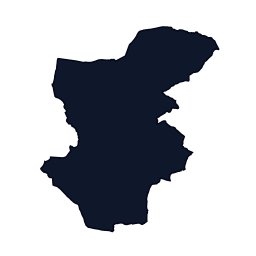 Wanging'ombe, Njombe, United Republic of Tanzania (Mercator projection), rotated 6°
{"feature_id": "72390352B33528420406675", "entity_name": "Wanging'ombe", "entity_type": "district", "adm_level": 2, "iso_a3": "TZA", "parent_name": "United Republic of Tanzania", "parent_adm1": "Njombe", "projection": "mercator", "projection_center": [34.635, -9.053], "detail": "fine", "context": "isolated", "style": "filled", "palette": "ink", "viewbox_px": 256, "rotation_deg": 6, "n_neighbors": 0, "source": "geoboundaries", "source_scale": "gbopen_adm2", "svg_char_len": 5759}
<svg xmlns="http://www.w3.org/2000/svg" viewBox="0 0 256 256"><g transform="rotate(6 128 128)"><path d="M158.5,23.7L157.0,23.5L151.9,23.9L149.7,24.5L145.7,25.9L139.5,27.8L138.2,27.9L136.5,28.5L135.6,28.5L134.1,29.1L133.4,29.1L132.1,29.8L130.2,30.4L129.6,30.8L128.9,31.4L128.3,32.4L128.3,32.6L128.1,32.8L127.4,34.4L127.0,35.8L125.3,39.0L123.1,42.4L121.3,44.4L120.8,45.2L117.9,56.7L108.8,62.8L107.0,61.4L103.9,61.8L102.0,62.9L101.5,62.5L99.9,62.8L94.7,62.9L91.6,63.5L88.4,65.2L84.3,66.8L81.4,67.1L78.3,67.1L77.1,67.7L76.5,67.6L69.4,66.9L51.7,66.3L51.0,66.6L50.8,68.6L50.9,70.7L50.8,73.2L50.9,77.1L50.3,78.5L50.0,82.4L49.8,83.9L49.9,86.3L49.3,90.7L49.0,92.1L48.1,92.4L48.5,93.9L49.4,95.0L50.6,99.3L52.2,104.2L53.3,104.9L56.0,105.4L58.3,106.5L60.6,108.2L62.5,110.7L62.8,111.4L62.4,112.6L62.2,113.6L63.1,115.0L64.7,116.3L64.9,116.7L65.0,117.4L65.2,117.9L65.2,118.6L64.1,119.2L64.8,120.8L65.4,121.4L65.7,122.4L66.0,122.8L66.7,123.1L66.9,124.6L66.5,125.5L66.2,126.6L66.5,127.9L67.7,128.8L68.2,129.5L68.9,130.1L70.1,129.7L70.6,129.7L71.2,130.6L71.9,131.0L72.1,132.0L74.7,132.9L74.7,133.3L75.9,133.9L76.6,135.4L76.8,135.6L76.9,136.4L78.6,137.5L78.8,137.8L78.7,139.2L79.2,139.6L79.1,140.1L79.5,141.1L79.8,141.4L79.9,142.1L79.7,142.9L80.8,144.3L80.0,146.4L80.3,149.3L79.6,151.8L77.4,153.0L76.0,153.5L74.3,152.4L73.4,152.4L72.8,151.9L72.4,152.2L72.2,153.1L73.4,156.9L71.6,159.8L70.8,161.3L69.8,162.9L68.7,163.7L66.4,164.6L54.1,165.1L54.2,166.3L53.7,167.3L52.3,168.8L48.9,170.5L48.8,170.4L48.6,172.3L47.7,174.4L46.8,176.0L46.5,176.1L45.6,177.4L46.0,178.3L47.5,179.7L49.1,180.7L50.2,180.7L52.4,181.4L53.2,182.0L53.4,183.3L54.3,184.6L55.4,185.3L58.3,185.4L58.5,185.7L58.7,188.2L59.5,192.4L60.7,192.9L63.8,193.4L64.6,194.0L67.0,195.5L73.8,201.2L74.5,202.0L77.5,204.0L79.4,205.7L80.1,206.0L81.6,207.3L82.6,207.7L83.2,208.1L86.6,209.1L87.5,210.7L88.5,213.9L89.6,215.1L91.6,219.3L93.7,222.4L94.7,225.5L96.6,229.1L98.9,230.8L101.1,230.9L104.8,231.4L109.5,231.6L112.8,232.1L120.2,231.9L123.2,232.6L124.1,231.8L124.4,231.1L123.9,230.1L123.8,229.1L124.0,228.3L124.0,227.4L123.5,226.4L123.7,225.8L125.5,224.4L126.5,224.1L127.8,224.0L128.5,223.7L130.5,223.1L132.5,223.0L134.3,223.8L135.1,224.1L135.3,224.1L135.4,223.8L136.0,224.0L136.8,224.1L137.2,224.0L138.4,223.4L138.9,223.5L139.5,223.1L140.1,223.0L141.1,222.4L141.6,222.3L142.5,222.9L145.8,221.9L148.7,221.3L149.2,221.3L150.0,221.5L151.4,222.2L152.0,222.3L152.5,222.2L153.6,221.3L154.3,221.0L154.7,220.2L155.3,219.9L156.5,218.8L156.1,216.6L155.7,211.9L155.8,211.4L156.1,210.2L155.8,209.0L156.2,207.9L155.4,207.2L155.0,206.2L154.5,204.0L154.6,202.9L154.4,201.6L154.5,200.5L154.3,199.4L154.5,198.9L154.0,197.9L153.8,196.9L153.9,194.4L154.3,191.5L154.3,190.7L154.7,190.5L155.6,185.7L156.4,184.0L156.7,182.9L157.9,181.3L159.6,181.0L160.1,180.7L160.5,180.8L160.8,180.5L161.5,180.6L162.3,180.4L162.7,179.8L163.1,179.6L163.2,179.2L164.4,178.5L164.7,178.2L165.1,176.8L164.9,176.5L165.2,175.2L165.3,174.7L165.6,174.5L169.0,174.9L171.7,175.7L173.5,175.8L175.4,176.1L175.5,176.0L174.8,174.6L174.4,172.5L174.8,169.8L175.8,168.8L176.3,168.2L177.8,167.8L179.6,167.1L182.3,165.8L183.8,165.5L184.4,164.9L185.0,165.0L185.2,164.4L185.4,164.3L185.8,163.7L186.6,163.6L187.3,164.0L188.8,163.2L188.9,162.8L188.1,160.8L188.1,160.1L188.8,159.8L188.4,159.8L188.4,158.5L188.8,157.3L189.1,154.9L189.6,153.0L190.2,152.0L190.1,150.9L191.4,149.2L192.9,147.8L193.3,147.8L193.6,146.9L194.6,145.6L191.1,144.5L190.1,144.3L189.8,144.1L189.0,142.9L187.4,142.2L185.9,142.1L185.1,141.6L185.2,141.4L184.8,140.8L183.7,140.6L183.6,139.9L184.1,137.2L183.7,136.0L184.1,134.0L184.9,130.7L184.1,130.0L181.1,128.3L177.3,125.4L176.4,125.1L175.5,124.2L175.1,123.5L174.6,123.0L173.2,122.5L170.9,122.5L169.1,121.7L168.0,120.9L166.9,120.5L166.3,120.0L166.2,119.6L165.9,119.6L165.4,119.1L165.1,118.8L164.7,117.5L164.2,117.2L162.9,117.3L162.2,117.6L161.4,118.0L160.2,119.0L158.0,120.4L157.1,120.8L156.5,120.7L156.4,119.4L156.7,117.9L156.3,116.9L155.5,115.8L155.6,115.1L155.9,114.6L157.6,113.6L158.5,112.5L160.5,111.1L163.1,109.2L163.7,108.0L164.2,107.4L164.7,107.6L165.8,107.2L166.1,107.3L167.0,108.0L168.0,107.6L168.4,107.2L168.9,105.9L169.5,103.8L169.8,103.6L171.4,103.3L172.4,103.4L173.5,103.2L175.4,103.4L175.8,103.2L176.1,102.6L175.2,100.7L173.0,98.8L172.4,97.5L172.3,97.0L172.4,95.9L171.4,95.8L170.4,95.2L168.9,94.1L166.5,93.6L164.7,92.5L162.3,92.2L161.7,91.8L160.9,91.1L160.2,90.8L159.7,90.0L158.6,89.1L158.4,88.0L161.3,87.1L163.3,85.5L163.9,85.3L165.4,83.9L165.7,83.1L166.4,82.2L167.0,81.7L168.1,81.4L168.6,81.1L170.1,79.4L170.7,78.9L171.3,78.7L171.5,78.9L172.8,78.3L173.0,77.9L173.4,77.8L174.1,77.1L175.0,76.6L176.1,76.4L178.6,75.5L179.4,74.9L179.9,74.7L180.4,74.8L182.1,74.7L182.8,74.9L183.3,74.8L183.5,74.6L183.5,73.6L183.2,71.8L183.2,70.8L182.9,69.9L183.1,69.1L185.7,67.2L186.2,66.6L187.1,65.9L188.9,65.5L190.1,65.1L190.3,64.8L190.8,64.9L191.3,64.7L192.8,63.2L194.0,61.3L194.8,60.5L196.0,57.0L196.7,56.1L196.8,54.6L197.8,53.5L198.8,52.7L200.8,50.0L203.5,47.0L203.8,46.4L203.7,45.9L204.2,44.5L203.8,43.6L204.7,42.8L205.3,41.6L206.1,40.9L207.6,40.2L210.0,40.4L210.4,40.5L210.0,40.2L206.6,35.1L205.1,32.5L202.2,30.7L202.2,30.2L201.9,29.9L201.4,29.8L201.0,29.5L198.3,29.9L197.3,29.6L196.9,29.1L195.1,28.5L193.7,28.3L192.9,28.5L191.8,28.4L190.7,27.6L189.8,27.2L188.7,27.1L188.3,27.0L187.5,26.4L186.9,25.6L186.4,25.4L185.9,25.6L185.2,25.7L184.6,26.7L183.8,26.7L183.8,26.9L183.2,26.6L182.8,26.9L182.6,26.7L182.4,26.8L181.0,26.6L180.7,26.9L180.0,27.1L179.4,26.9L179.2,27.1L178.7,27.3L178.3,26.8L177.0,26.8L176.8,26.6L176.8,26.0L173.9,25.6L171.9,25.0L171.6,25.1L169.8,25.0L169.0,25.2L167.6,26.1L166.7,26.2L164.7,25.8L164.1,25.3L163.4,25.2L162.4,25.2L161.9,25.1L161.5,24.8L161.2,24.1L160.8,23.7L160.2,23.4L158.5,23.7Z" fill="#0f172a" stroke="#020617" stroke-width="1.5"/></g></svg>